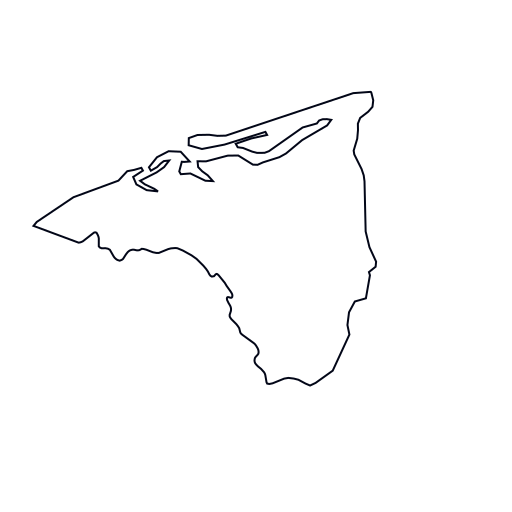 the Department of Usulután, rotated 151°
{"feature_id": "SLV-1354", "entity_name": "Usulután", "entity_type": "Department", "adm_level": 1, "iso_a3": "SLV", "parent_name": "El Salvador", "parent_adm1": "", "projection": "mercator", "projection_center": [-88.42, 13.427], "detail": "fine", "context": "isolated", "style": "outline", "palette": "ink", "viewbox_px": 512, "rotation_deg": 151, "n_neighbors": 0, "source": "natural_earth", "source_scale": "10m", "svg_char_len": 2846}
<svg xmlns="http://www.w3.org/2000/svg" viewBox="0 0 512 512"><g transform="rotate(151 256 256)"><path d="M436.0,390.2L431.2,392.1L387.1,395.9L339.8,388.6L327.5,392.6L320.9,390.4L313.5,388.7L313.5,385.5L325.1,384.7L325.9,376.6L319.7,366.6L310.4,360.0L312.4,364.1L318.5,372.6L320.9,378.0L302.4,377.3L293.3,378.3L285.6,381.6L290.6,383.7L294.6,383.1L299.4,381.7L306.6,381.6L306.6,385.5L294.7,390.4L281.6,390.0L271.3,383.7L268.2,370.8L273.2,373.1L275.2,374.4L282.1,367.2L282.1,364.0L273.4,360.0L263.8,346.4L257.4,342.4L259.1,350.0L262.0,356.2L263.5,361.8L261.2,367.2L253.8,363.0L232.1,357.5L222.8,352.5L214.4,337.4L210.4,335.0L204.5,334.5L187.6,331.1L180.1,331.1L159.4,335.0L130.5,335.7L124.2,338.6L127.6,341.3L131.4,343.3L135.1,343.9L138.5,342.4L152.9,345.8L193.9,341.4L198.5,342.1L205.1,345.7L208.7,349.1L215.0,356.8L219.3,360.0L219.3,364.0L209.8,362.3L202.8,361.0L187.6,356.5L187.6,360.0L229.5,368.7L251.4,375.8L261.2,385.5L257.6,391.7L248.5,390.2L238.3,384.8L231.5,379.8L224.0,375.9L92.0,351.3L76.2,344.0L76.0,343.8L76.0,342.7L78.0,335.3L81.8,330.0L87.9,327.8L97.9,326.3L102.7,322.4L105.8,316.6L110.6,309.5L119.5,300.8L120.8,297.2L121.5,280.9L122.7,274.3L124.9,268.7L148.2,224.3L152.5,208.7L153.7,192.8L156.6,188.6L165.0,187.2L165.7,183.9L180.4,165.7L191.6,168.3L201.9,161.7L209.5,151.3L212.4,142.0L244.5,118.5L265.4,116.1L271.5,116.5L274.6,120.5L278.9,127.2L282.4,130.5L286.8,133.7L290.8,135.1L303.2,136.6L306.4,137.6L308.1,139.0L308.0,140.5L305.6,147.3L305.3,148.8L305.3,150.4L306.3,154.8L307.8,158.5L308.4,160.7L308.7,162.5L308.5,164.0L308.0,165.3L307.3,166.3L306.4,167.3L305.3,167.9L302.5,168.8L301.3,169.4L300.5,170.4L299.9,171.6L299.5,172.9L299.3,174.5L299.4,177.6L299.6,179.1L300.0,180.5L306.1,193.6L306.8,195.6L306.8,196.8L305.7,200.9L305.8,203.1L306.2,205.8L308.2,212.8L308.4,214.8L308.3,215.9L307.6,217.3L304.8,219.9L304.0,220.9L303.3,222.2L302.9,223.5L302.7,225.1L302.8,228.3L302.6,231.6L302.1,232.9L301.4,233.7L300.5,233.7L299.6,233.0L298.9,232.2L298.3,231.7L297.6,231.4L296.7,231.7L295.9,232.7L295.4,234.0L295.3,235.6L295.4,237.1L296.2,244.2L296.3,247.6L298.0,257.2L298.6,258.9L299.3,259.5L300.2,259.5L302.5,258.7L304.6,259.4L305.4,260.7L305.7,262.4L305.6,265.7L305.9,268.8L306.7,272.9L309.4,282.3L312.1,287.9L317.3,296.2L320.9,300.8L321.8,301.5L322.9,302.2L326.7,303.9L329.4,304.6L339.5,305.8L341.8,307.1L344.4,309.3L348.9,314.7L351.0,316.7L352.5,317.7L353.8,317.6L355.3,317.7L356.6,318.2L357.7,318.9L359.6,320.6L360.7,321.3L362.0,321.7L363.4,322.0L364.9,321.9L366.3,321.6L368.9,320.5L373.7,317.9L375.3,317.7L377.5,318.0L379.2,319.8L380.0,321.4L380.5,323.0L380.7,324.5L380.8,332.3L382.0,334.2L383.9,335.8L387.3,337.6L388.5,339.2L388.8,340.7L384.9,347.7L384.4,349.4L384.2,351.1L384.2,353.7L385.2,354.7L386.4,355.0L400.3,352.8L401.9,352.9L403.4,353.2L404.7,353.7L436.0,390.2Z" fill="none" stroke="#020617" stroke-width="2"/></g></svg>